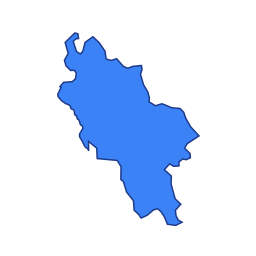 Toktogul, Jalal-Abad, Kyrgyzstan, rotated 226°
{"feature_id": "92254566B9187696742897", "entity_name": "Toktogul", "entity_type": "district", "adm_level": 2, "iso_a3": "KGZ", "parent_name": "Kyrgyzstan", "parent_adm1": "Jalal-Abad", "projection": "albers", "projection_center": [73.19, 41.788], "detail": "fine", "context": "isolated", "style": "filled", "palette": "blue", "viewbox_px": 256, "rotation_deg": 226, "n_neighbors": 0, "source": "geoboundaries", "source_scale": "gbopen_adm2", "svg_char_len": 1768}
<svg xmlns="http://www.w3.org/2000/svg" viewBox="0 0 256 256"><g transform="rotate(226 128 128)"><path d="M138.8,83.7L140.8,85.6L145.8,90.3L135.2,91.5L127.4,84.6L112.2,97.7L105.0,96.1L95.8,87.0L92.8,87.5L83.0,82.5L71.9,81.4L64.6,75.3L58.3,75.6L54.1,74.9L51.9,81.2L51.4,89.5L49.3,93.2L45.3,93.6L38.8,92.5L31.4,89.5L24.8,94.7L22.7,101.4L26.7,100.2L31.3,101.5L35.9,104.9L36.5,113.0L44.3,112.7L57.8,120.1L63.3,125.8L72.8,125.2L73.3,133.0L68.8,134.2L65.3,138.4L68.2,141.0L67.7,145.9L64.8,147.8L63.3,152.2L66.4,154.8L74.2,154.8L75.6,159.6L73.0,173.6L85.4,173.9L95.1,176.4L100.6,179.0L105.9,179.0L112.1,173.6L118.5,170.8L119.3,170.5L119.5,170.4L121.9,169.2L124.9,163.2L132.2,161.3L134.6,164.2L139.8,167.1L148.5,169.3L158.1,174.4L160.2,178.6L163.6,181.1L169.0,174.3L171.1,169.4L175.4,167.5L185.8,167.9L188.3,162.8L192.8,160.2L199.2,164.8L209.2,166.5L218.0,166.2L219.4,156.7L214.5,148.6L214.4,145.1L218.8,144.1L228.4,148.8L228.3,152.4L226.7,154.6L230.5,157.4L233.3,155.8L233.2,142.2L223.2,136.8L220.9,129.3L215.8,126.6L209.2,126.7L206.9,129.4L203.4,129.0L199.9,124.3L200.1,120.1L205.6,113.3L205.0,107.7L203.7,108.0L203.2,107.3L202.9,105.5L202.3,104.2L201.7,103.1L201.5,101.6L200.5,100.4L199.8,99.9L198.7,99.5L197.1,99.3L194.4,99.2L192.7,99.3L190.8,99.7L189.2,100.0L187.4,100.8L184.9,101.8L183.4,101.4L181.8,100.5L180.9,100.6L179.2,101.5L178.1,101.3L176.9,100.8L175.6,99.5L174.7,99.1L173.6,99.0L172.5,99.3L171.4,98.9L170.3,98.0L169.2,97.9L168.1,98.2L166.9,97.9L165.8,97.3L164.0,96.3L163.7,96.2L162.9,96.1L162.1,96.5L160.9,96.4L160.2,96.1L159.5,95.6L159.0,94.9L158.8,94.6L158.7,93.4L158.0,91.5L157.3,89.0L156.6,88.2L155.9,87.6L154.8,86.9L152.1,86.3L150.0,85.8L145.3,84.3L143.7,84.1L141.1,84.5L139.7,84.3L138.8,83.7Z" fill="#3b82f6" stroke="#1e3a8a" stroke-width="1.5"/></g></svg>